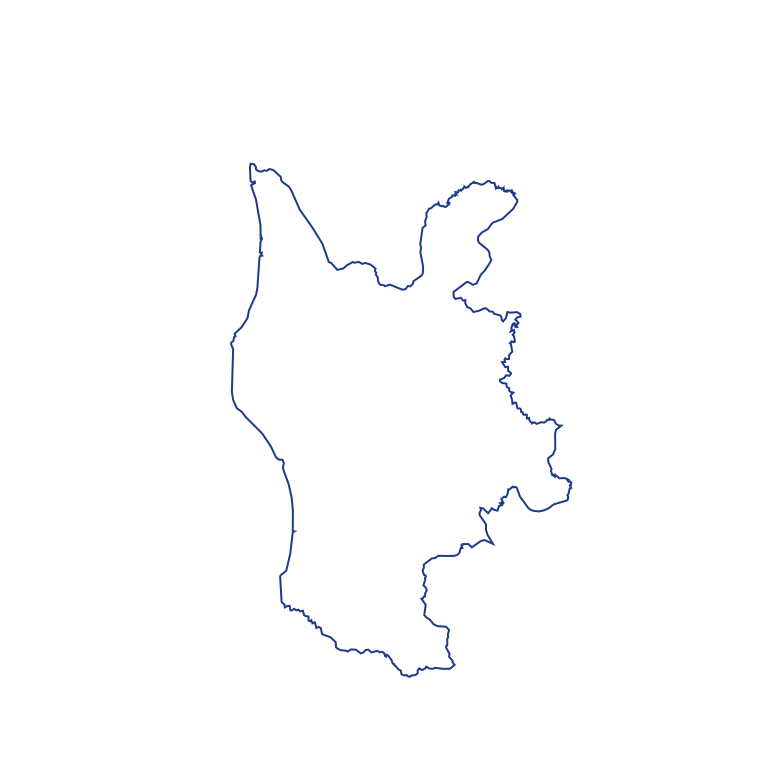 Malaka, Nusa Tenggara Timur, Indonesia (orthographic projection), rotated 136°
{"feature_id": "22746128B56140662064287", "entity_name": "Malaka", "entity_type": "district", "adm_level": 2, "iso_a3": "IDN", "parent_name": "Indonesia", "parent_adm1": "Nusa Tenggara Timur", "projection": "orthographic", "projection_center": [124.848, -9.546], "detail": "fine", "context": "isolated", "style": "outline", "palette": "blue", "viewbox_px": 768, "rotation_deg": 136, "n_neighbors": 0, "source": "geoboundaries", "source_scale": "gbopen_adm2", "svg_char_len": 6166}
<svg xmlns="http://www.w3.org/2000/svg" viewBox="0 0 768 768"><g transform="rotate(136 384 384)"><path d="M332.8,172.9L329.8,174.8L329.5,176.5L327.3,176.9L323.5,179.6L321.6,179.2L321.6,180.6L320.0,181.3L320.4,182.0L317.8,182.9L317.8,184.6L319.2,185.6L318.8,187.6L317.9,187.2L318.1,188.1L319.5,190.9L323.4,194.4L323.6,198.1L324.1,198.9L325.5,198.5L325.7,200.2L324.6,200.5L326.2,201.6L324.3,205.4L322.5,206.5L319.9,214.1L317.4,216.6L311.5,215.9L306.1,218.1L295.2,229.6L291.9,231.6L285.4,230.9L287.3,233.0L287.9,235.7L286.7,240.2L288.9,242.8L288.9,244.1L290.2,243.5L291.3,244.9L292.7,244.4L295.7,245.1L297.2,247.1L301.9,249.3L302.4,252.0L304.8,252.8L304.2,253.4L304.9,254.8L304.4,257.3L303.2,258.8L305.1,259.9L302.6,262.8L305.0,265.0L303.9,267.5L304.8,268.5L303.2,270.6L303.3,272.1L304.9,273.8L302.0,278.7L302.3,279.5L305.4,280.4L302.7,283.8L300.9,287.8L297.0,288.0L298.4,290.1L298.6,292.2L296.8,294.0L297.7,296.7L295.7,299.3L298.3,302.6L298.6,305.6L297.5,306.5L293.4,304.9L290.0,305.4L288.2,302.8L285.5,303.1L285.0,304.1L285.6,307.1L282.8,310.3L285.0,312.0L283.9,317.7L281.6,315.7L280.3,317.9L279.0,318.2L278.5,316.6L276.6,315.1L273.8,318.0L269.3,318.1L264.8,324.8L265.1,325.8L262.4,326.0L261.8,324.1L260.5,323.5L257.3,327.9L257.3,330.0L254.3,330.3L253.1,332.6L256.3,333.7L254.3,334.6L253.5,335.8L249.8,337.7L248.3,337.5L247.9,336.9L249.1,336.3L249.7,334.4L249.6,333.1L248.6,332.4L247.6,334.8L245.4,334.2L244.7,334.7L244.8,339.0L242.2,339.4L238.9,337.6L237.4,339.9L238.5,343.4L243.3,347.3L245.3,350.0L250.5,346.7L254.8,346.3L254.9,347.7L253.0,351.0L252.9,353.0L256.0,357.8L255.6,360.5L257.6,362.8L258.0,367.4L259.2,368.7L264.6,370.6L269.6,373.6L269.3,378.5L270.7,381.4L269.3,385.9L267.1,387.8L269.1,388.9L268.8,392.6L273.5,395.5L273.4,398.1L270.1,401.9L253.6,399.9L252.7,399.1L251.0,393.4L247.4,392.0L238.3,395.4L233.4,395.5L225.3,397.2L220.7,398.7L219.1,402.6L216.6,405.8L216.2,408.7L217.5,419.7L216.4,422.5L213.8,424.6L208.5,425.0L201.7,423.3L194.1,424.6L184.1,420.5L169.2,420.3L161.6,422.5L160.4,423.6L159.7,429.9L158.2,429.9L159.0,430.8L159.1,433.4L158.1,432.6L158.4,433.5L157.5,434.4L160.3,436.8L161.7,436.7L162.1,437.1L161.3,437.8L163.4,438.7L163.6,439.7L161.7,441.3L162.9,441.0L163.1,441.6L162.1,442.2L163.8,442.3L163.6,443.3L165.0,445.2L164.6,446.4L166.0,446.1L166.9,446.5L166.6,447.6L167.4,447.4L164.9,451.8L166.9,454.0L167.3,456.8L168.4,457.9L173.6,458.6L175.4,459.6L178.1,464.8L179.4,465.8L178.9,466.9L183.3,467.7L187.8,467.0L186.9,467.7L189.0,468.3L189.0,469.9L189.6,469.3L190.2,469.9L192.6,469.3L193.7,470.3L194.3,469.7L195.7,471.4L197.7,470.4L199.2,472.4L200.0,470.9L200.7,471.1L200.5,469.9L201.4,470.7L202.1,470.0L203.9,472.2L204.9,471.4L208.6,472.1L212.1,470.5L211.1,468.7L212.0,468.1L212.8,469.4L213.1,468.3L215.7,468.2L217.1,468.9L217.8,471.2L218.9,471.6L220.1,473.9L218.9,476.7L220.9,476.2L222.8,477.7L228.2,477.8L229.7,478.8L235.0,477.4L237.1,474.7L241.3,472.6L244.0,469.2L247.8,469.5L260.7,459.5L262.6,456.5L266.6,453.1L274.4,441.2L279.0,436.8L281.4,435.9L291.1,437.5L294.0,435.9L297.1,435.9L298.9,437.9L302.7,437.2L305.4,439.3L310.6,451.2L315.4,453.7L315.5,455.2L317.5,457.5L317.8,459.1L316.8,462.2L314.6,464.8L313.8,468.6L312.3,469.3L312.1,471.6L309.9,472.9L310.7,479.3L313.5,484.2L316.2,485.4L317.3,489.4L321.0,491.7L321.7,493.4L327.9,495.1L333.1,495.4L338.3,498.6L337.9,507.3L338.9,510.1L330.9,527.7L327.0,545.4L323.5,567.9L316.3,587.4L315.3,591.8L316.7,599.4L316.3,602.1L314.4,604.8L315.0,614.7L317.1,618.3L320.2,618.7L321.7,621.0L324.4,621.6L326.6,624.5L327.0,627.4L325.5,628.9L324.8,632.5L327.0,635.1L330.1,632.8L338.9,622.8L339.0,620.7L336.3,619.4L337.2,618.2L341.6,619.2L347.9,605.7L362.5,584.1L371.9,574.2L372.0,573.5L370.4,574.3L371.0,573.1L373.9,572.2L381.6,565.1L381.9,563.9L380.8,563.3L382.4,562.4L382.5,561.0L384.2,562.1L386.4,560.9L408.4,541.0L414.0,537.1L429.9,530.8L436.5,526.2L446.8,523.8L456.7,523.9L457.6,521.5L459.2,521.9L462.4,519.6L464.7,519.9L466.2,519.2L468.4,513.8L498.9,484.0L503.6,477.3L506.7,468.9L505.6,462.7L506.4,456.5L506.0,433.1L508.8,417.5L512.6,406.2L512.0,402.3L509.6,400.1L511.1,396.5L515.2,393.8L522.2,378.2L529.0,366.9L537.3,356.4L551.9,341.5L551.0,340.3L552.5,340.8L569.4,327.0L584.0,317.6L591.3,318.2L592.6,317.5L609.1,298.3L608.9,294.3L610.5,292.2L607.8,291.4L606.0,290.0L608.5,286.3L607.6,285.1L604.8,284.7L604.3,282.1L602.4,281.2L602.3,278.7L599.8,277.3L602.0,273.3L601.7,271.7L599.8,269.2L602.6,266.2L602.0,264.7L600.4,264.6L601.8,261.5L599.3,260.7L602.1,255.5L599.8,254.7L599.0,252.4L602.3,247.1L598.3,238.7L598.1,231.9L601.4,227.8L601.1,225.4L600.1,222.7L596.3,218.2L596.2,216.9L592.0,215.9L588.8,212.4L587.8,206.4L585.4,205.2L581.9,205.4L579.8,203.7L579.5,199.6L574.2,196.7L573.3,193.7L571.5,192.7L570.8,190.4L572.3,187.4L571.9,186.4L570.2,187.4L569.6,185.8L570.4,180.1L572.0,176.8L571.2,175.3L572.0,174.1L571.5,173.0L572.0,169.1L571.0,166.2L573.1,162.9L572.0,160.3L570.1,159.2L569.8,156.6L568.6,155.4L567.5,155.6L563.2,152.7L560.6,152.6L558.6,154.6L556.2,155.0L555.7,152.5L554.7,151.5L551.6,150.8L550.0,151.4L549.2,148.1L546.8,145.2L544.4,144.4L539.8,138.5L534.4,133.4L528.3,132.9L528.0,136.0L527.0,137.1L526.6,142.7L524.4,144.2L522.4,151.2L521.4,152.3L520.1,152.1L515.4,156.8L513.5,157.4L512.2,159.4L508.1,161.8L508.0,166.3L513.7,172.6L515.2,176.6L514.7,183.0L515.7,186.4L515.5,189.9L507.4,196.2L506.2,203.5L504.6,202.8L502.8,203.5L502.1,202.7L499.6,204.9L496.5,205.9L495.3,208.7L495.5,211.7L490.0,214.8L489.4,216.0L487.9,216.2L487.1,217.2L487.8,218.9L485.8,223.0L483.0,224.1L480.8,226.5L470.9,225.3L467.9,223.2L464.5,222.8L453.2,211.8L450.2,210.3L447.2,210.1L442.7,212.7L441.6,211.6L440.4,214.1L439.5,213.7L438.8,214.3L434.4,210.2L434.3,205.5L423.6,203.8L420.1,202.0L416.7,193.3L414.3,203.6L411.9,208.3L408.0,212.4L406.4,222.8L405.0,224.8L401.8,226.0L400.7,228.0L399.2,225.8L398.8,218.7L392.6,219.6L392.2,216.9L390.4,214.1L386.0,216.3L383.6,215.1L383.3,217.5L382.2,216.4L380.9,217.3L381.4,215.3L380.7,215.4L379.5,219.8L375.8,219.5L375.2,217.9L371.5,219.0L367.8,221.9L367.1,221.0L362.8,220.8L362.8,219.8L360.8,218.6L360.6,217.0L364.4,208.5L366.3,194.7L366.1,192.0L364.1,188.2L360.8,184.5L356.2,181.8L351.7,180.2L345.5,179.5L332.8,172.9Z" fill="none" stroke="#1e3a8a" stroke-width="2"/></g></svg>